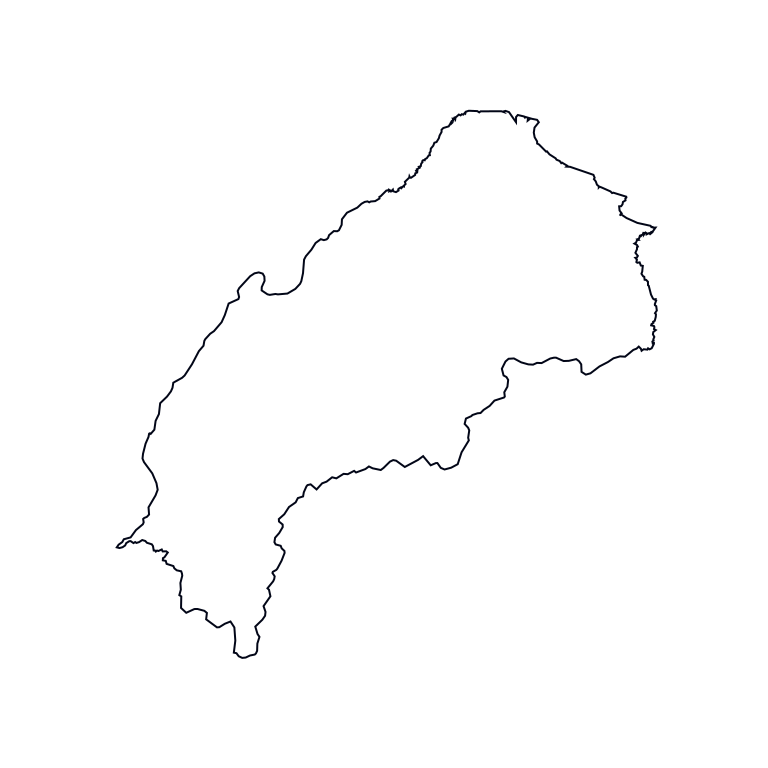 the district of Rioverde, Esmeraldas, Ecuador, rotated 43°
{"feature_id": "8360857B16857875434642", "entity_name": "Rioverde", "entity_type": "district", "adm_level": 2, "iso_a3": "ECU", "parent_name": "Ecuador", "parent_adm1": "Esmeraldas", "projection": "equal_earth", "projection_center": [-79.313, 0.83], "detail": "fine", "context": "isolated", "style": "outline", "palette": "ink", "viewbox_px": 768, "rotation_deg": 43, "n_neighbors": 0, "source": "geoboundaries", "source_scale": "gbopen_adm2", "svg_char_len": 6103}
<svg xmlns="http://www.w3.org/2000/svg" viewBox="0 0 768 768"><g transform="rotate(43 384 384)"><path d="M476.6,89.6L475.9,84.4L474.2,86.1L473.4,85.9L472.6,86.9L471.1,86.5L459.4,93.4L448.2,97.2L441.4,98.3L441.7,100.1L441.2,98.3L441.4,97.1L438.0,96.5L434.8,93.7L436.2,92.2L435.9,89.9L434.6,87.9L435.4,85.0L434.1,83.9L434.1,82.3L433.4,81.8L421.2,87.7L420.6,88.8L418.3,88.7L409.0,91.9L407.0,92.7L407.0,93.7L406.3,92.9L403.8,93.0L400.7,91.4L397.8,91.0L397.4,89.5L394.5,88.2L371.9,98.3L369.3,100.5L369.4,99.5L370.1,99.2L363.2,100.7L363.0,101.6L360.4,101.1L357.2,102.3L355.6,101.9L348.4,103.2L344.5,102.7L344.1,103.5L334.0,103.1L332.0,103.7L330.6,102.2L325.9,100.8L322.1,98.0L319.2,93.8L318.7,87.0L315.8,86.4L310.0,90.0L309.5,93.4L308.4,91.9L309.1,90.3L305.2,92.3L305.3,93.0L304.0,92.8L298.4,96.0L298.5,98.7L302.0,102.5L290.0,99.9L286.6,101.4L285.4,103.3L286.2,103.4L283.8,104.5L268.7,118.7L268.4,120.4L266.1,120.8L259.7,126.3L258.1,129.1L259.0,130.7L258.2,130.7L258.3,132.9L256.9,133.6L256.8,135.3L255.0,135.9L254.7,139.4L254.0,140.8L254.9,140.8L255.5,141.7L254.9,141.5L254.9,142.3L253.4,143.1L255.1,144.3L254.2,145.5L254.6,147.1L255.7,146.6L255.6,148.7L255.1,149.0L255.6,151.5L252.8,156.3L252.7,158.8L254.2,160.4L255.2,164.4L256.5,166.8L257.4,171.2L256.3,173.2L257.5,176.1L257.7,179.9L259.5,182.2L259.7,183.9L261.5,185.4L260.8,186.3L261.3,189.6L260.7,191.6L261.2,192.6L260.0,193.5L260.0,195.0L260.9,195.6L260.9,197.4L262.3,199.6L261.4,201.3L262.6,201.5L261.6,204.4L262.1,204.6L262.0,206.2L262.6,206.3L262.9,205.2L264.0,206.7L263.2,208.6L264.2,209.9L263.1,214.8L262.3,215.3L261.0,214.8L261.7,215.9L261.4,221.9L263.4,223.0L263.3,225.0L263.9,225.9L263.2,226.1L263.1,228.9L262.3,228.6L261.7,230.5L261.6,231.9L262.7,232.6L261.9,235.5L259.2,236.8L257.9,235.8L257.8,238.4L256.9,238.2L256.5,239.2L256.1,238.4L254.8,238.6L254.9,239.7L253.8,240.9L253.5,248.9L253.0,250.3L254.2,251.4L252.8,256.3L249.8,259.6L249.3,261.2L247.4,261.7L245.7,264.0L244.6,267.5L244.2,273.2L240.1,284.0L240.9,292.2L244.5,296.5L246.2,302.3L245.6,304.2L243.0,306.4L242.3,312.6L243.5,315.3L243.4,317.4L241.9,319.8L239.0,321.2L237.8,327.5L239.3,335.3L239.7,343.8L240.7,347.5L249.2,358.2L253.4,365.2L254.3,368.0L254.3,374.9L251.7,383.7L245.3,390.8L243.2,392.2L239.7,396.7L237.6,397.9L230.7,399.0L228.5,396.5L226.3,390.0L223.2,387.0L220.0,386.0L216.3,387.8L213.8,391.4L212.6,396.4L212.7,412.7L213.6,415.8L218.7,419.2L219.6,421.2L215.5,431.1L220.6,442.2L223.1,449.6L223.6,461.3L222.6,465.8L222.7,473.1L223.2,475.0L225.9,479.1L226.2,486.2L230.1,500.5L232.4,513.8L232.1,517.2L229.0,526.7L231.9,531.0L233.2,534.7L233.9,541.2L233.4,550.7L239.9,559.5L242.1,566.7L247.2,574.0L247.4,579.6L246.4,579.7L246.1,580.5L247.9,583.4L250.3,590.2L255.3,599.3L258.2,603.2L261.7,604.8L275.5,607.4L285.2,611.7L290.6,615.7L292.9,621.3L295.9,634.8L301.2,639.7L301.2,642.9L300.0,645.5L299.9,647.0L302.6,649.1L303.3,651.0L302.2,660.0L303.3,669.0L299.6,675.0L300.4,678.1L299.5,682.5L300.0,685.7L302.4,684.4L304.1,681.7L304.8,678.6L304.0,676.2L304.9,672.7L305.9,671.7L309.3,671.2L309.8,669.3L311.3,669.1L312.7,666.7L313.6,663.0L316.5,661.6L318.9,661.8L323.5,659.6L325.6,660.1L329.1,662.8L330.0,662.0L331.4,662.2L331.6,660.6L332.9,660.0L334.3,656.6L336.3,657.4L338.8,654.9L340.8,654.7L341.6,660.5L341.1,662.1L342.5,663.8L345.0,662.2L347.7,663.8L354.1,660.8L356.4,661.8L359.5,661.6L363.4,659.3L365.5,660.4L367.2,661.8L370.8,668.4L375.7,673.0L378.3,678.0L380.6,677.6L388.3,686.2L395.4,686.2L398.8,677.9L401.1,675.7L407.3,672.4L410.6,672.2L414.4,677.4L427.8,675.9L429.4,674.2L431.1,667.9L433.7,662.4L440.6,664.1L450.3,673.1L457.4,682.9L459.7,681.5L463.4,682.2L467.1,681.0L469.4,678.4L471.2,673.9L474.0,670.0L474.1,668.4L473.2,665.7L468.4,660.2L465.4,653.9L462.0,653.1L455.3,649.2L455.8,639.4L455.1,634.6L452.8,631.5L447.4,628.6L445.7,616.7L440.2,612.9L438.1,612.9L437.5,603.9L436.7,601.5L435.2,599.2L431.3,598.3L430.8,597.2L432.0,593.4L431.9,591.8L429.6,583.1L426.5,575.3L425.0,574.0L421.3,574.0L418.8,572.8L414.2,575.2L411.7,574.4L409.2,570.7L409.0,564.5L407.5,557.7L405.7,555.9L401.0,556.2L399.2,554.5L399.9,547.3L398.4,538.7L400.1,530.8L398.8,526.2L401.5,521.4L399.2,517.9L397.1,511.8L397.0,510.1L398.8,507.4L406.6,507.1L406.5,498.8L408.6,494.6L409.7,487.6L413.5,485.5L415.7,477.3L419.0,474.7L421.4,467.9L423.9,467.8L428.4,458.9L429.2,454.6L433.2,453.4L440.3,449.1L440.9,445.7L441.3,436.7L442.6,433.4L445.2,431.8L455.8,430.5L460.7,416.2L461.8,410.1L473.6,411.6L475.9,406.4L477.0,405.4L482.7,406.6L486.6,405.2L490.2,399.4L492.6,392.4L487.3,381.0L484.5,367.4L482.2,365.9L478.0,359.8L475.4,358.6L470.2,358.2L467.5,353.4L469.8,347.9L469.8,346.4L472.4,341.6L474.4,339.4L474.5,335.0L476.2,328.0L476.1,320.8L481.0,312.0L480.9,310.8L477.6,308.0L476.1,301.8L472.0,296.3L468.8,295.4L465.6,296.2L459.8,292.5L457.5,284.7L457.9,280.6L461.6,276.7L469.6,274.6L476.2,271.2L479.8,268.2L481.5,264.2L485.0,261.2L488.2,252.0L490.3,248.9L491.9,247.4L499.7,244.7L503.4,241.0L507.6,234.7L511.1,234.3L514.8,235.1L520.2,240.4L525.2,239.5L527.7,235.4L529.6,224.2L532.8,215.2L534.3,208.7L537.8,202.8L541.7,199.6L543.1,189.0L544.6,185.9L544.8,182.9L547.8,183.0L549.7,184.0L550.2,181.5L553.2,179.2L552.8,177.8L554.6,177.5L555.4,175.3L554.0,170.5L553.4,169.9L552.8,171.0L551.3,169.9L551.4,168.2L550.5,167.7L549.6,165.2L546.8,164.3L545.5,162.3L546.0,159.2L544.0,159.7L542.9,157.9L541.8,157.5L539.4,158.9L538.8,157.8L539.3,155.4L538.4,154.9L538.9,153.1L537.0,149.6L535.3,147.5L533.9,147.4L533.4,144.2L530.0,141.4L528.4,141.6L527.6,140.9L526.1,137.3L525.4,137.5L524.8,136.7L523.9,137.9L522.5,138.1L518.3,136.5L510.6,131.6L509.7,131.7L507.3,129.2L504.7,129.1L503.5,130.0L501.2,128.1L500.1,128.5L497.1,127.8L496.2,125.7L492.7,121.1L491.0,122.2L488.0,120.7L486.6,122.6L485.4,122.7L484.2,120.6L481.8,120.3L482.7,119.2L482.3,117.2L478.4,116.6L477.1,112.9L475.7,111.4L476.0,110.4L474.2,109.8L471.4,110.5L471.9,108.8L470.9,106.1L471.7,105.2L470.6,105.3L471.4,103.9L470.0,101.0L470.3,100.4L470.7,101.6L471.0,101.1L471.2,98.0L470.6,96.6L471.3,96.1L472.2,97.2L471.9,94.9L473.3,94.6L474.0,95.4L475.0,92.8L476.4,92.9L476.7,90.7L475.8,91.0L475.7,90.5L476.6,89.6Z" fill="none" stroke="#020617" stroke-width="2"/></g></svg>